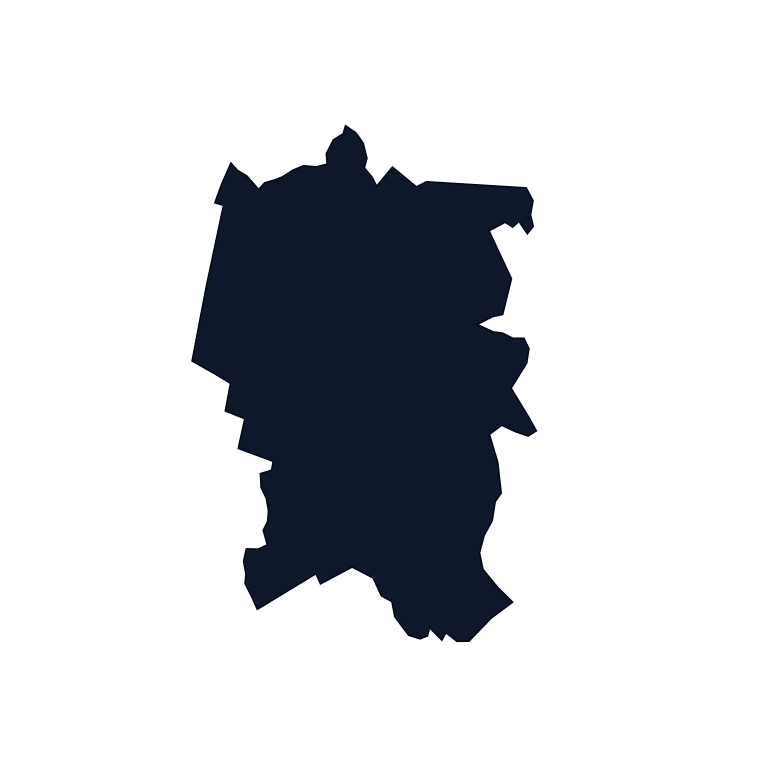 Erebango, Rio Grande do Sul, Brazil, rotated 152°
{"feature_id": "56859067B55253671432658", "entity_name": "Erebango", "entity_type": "district", "adm_level": 2, "iso_a3": "BRA", "parent_name": "Brazil", "parent_adm1": "Rio Grande do Sul", "projection": "equal_earth", "projection_center": [-52.321, -27.826], "detail": "fine", "context": "isolated", "style": "filled", "palette": "ink", "viewbox_px": 768, "rotation_deg": 152, "n_neighbors": 0, "source": "geoboundaries", "source_scale": "gbopen_adm2", "svg_char_len": 1407}
<svg xmlns="http://www.w3.org/2000/svg" viewBox="0 0 768 768"><g transform="rotate(152 384 384)"><path d="M601.7,244.5L533.2,248.4L534.0,237.3L498.1,237.3L484.7,217.8L485.8,198.1L479.2,188.2L483.8,173.4L480.2,150.5L471.9,142.1L463.8,141.1L458.2,147.5L453.2,130.6L446.1,135.3L440.5,122.6L429.8,117.0L399.4,126.9L372.8,131.0L379.1,151.2L383.6,173.8L378.8,190.2L366.5,203.4L352.6,212.5L341.0,227.9L331.7,232.6L320.3,261.4L314.5,290.0L299.4,292.2L290.3,280.1L281.2,270.4L271.4,271.1L271.7,285.3L273.7,320.6L248.2,335.4L239.4,347.1L238.9,358.7L248.8,364.0L255.6,373.5L263.1,378.8L273.7,392.8L256.3,392.4L246.5,389.7L222.0,417.1L219.3,469.9L201.1,469.9L196.8,462.1L188.5,464.1L186.9,449.3L178.2,453.0L175.1,464.7L166.3,475.9L166.3,490.4L251.6,542.7L262.8,542.9L274.7,571.6L297.6,562.2L297.4,572.3L299.9,584.0L293.1,591.2L289.3,606.2L290.8,618.7L296.7,630.2L302.7,624.1L314.1,623.4L326.7,614.6L331.1,604.9L342.0,607.6L352.7,614.6L364.2,615.6L376.8,614.6L384.8,615.6L395.0,617.7L403.3,614.6L407.3,631.9L413.1,641.5L415.4,651.0L434.2,636.2L448.3,623.4L441.9,617.1L460.0,595.5L495.3,553.4L542.7,494.4L528.8,472.6L519.3,456.7L536.8,434.7L523.3,418.7L543.0,395.5L518.2,367.7L523.8,360.7L535.2,363.0L541.2,350.2L541.6,338.5L545.5,326.4L551.3,317.3L559.3,311.6L562.6,296.8L572.7,297.4L583.0,303.1L591.3,293.3L595.2,280.9L600.4,273.1L600.7,258.3L601.7,244.5Z" fill="#0f172a" stroke="#020617" stroke-width="1.5"/></g></svg>